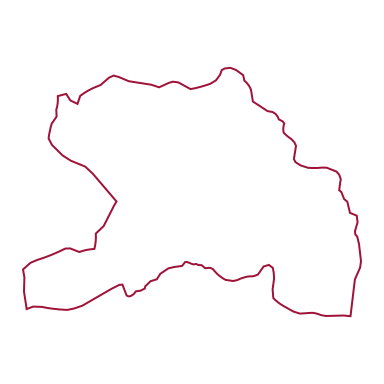 outline of Ocna De Fier, Caras-Severin, Romania
{"feature_id": "2599482B48244841189290", "entity_name": "Ocna De Fier", "entity_type": "district", "adm_level": 2, "iso_a3": "ROU", "parent_name": "Romania", "parent_adm1": "Caras-Severin", "projection": "natural_earth1", "projection_center": [21.767, 45.343], "detail": "fine", "context": "isolated", "style": "outline", "palette": "rose", "viewbox_px": 384, "rotation_deg": 0, "n_neighbors": 0, "source": "geoboundaries", "source_scale": "gbopen_adm2", "svg_char_len": 2491}
<svg xmlns="http://www.w3.org/2000/svg" viewBox="0 0 384 384"><path d="M350.5,316.2L354.9,279.4L360.1,267.6L361.0,261.2L359.0,243.9L357.2,236.6L355.3,234.4L355.0,231.1L357.6,222.2L356.7,215.6L350.0,212.9L347.3,201.7L344.1,199.0L341.4,192.1L339.2,190.2L340.2,182.5L340.8,179.3L339.3,174.9L336.5,171.6L326.7,167.7L322.2,167.6L316.9,168.0L312.4,168.0L308.0,167.8L300.6,165.4L295.5,162.2L293.9,159.0L296.0,145.9L294.3,142.2L291.1,138.9L289.1,137.5L287.2,136.0L285.4,134.4L283.7,132.7L283.3,130.4L283.3,128.1L283.6,125.7L284.3,123.5L282.7,121.4L278.7,119.3L278.2,117.7L277.4,116.3L276.4,114.9L275.3,113.7L272.5,112.0L267.5,111.1L252.9,101.5L251.0,89.9L250.4,88.4L249.7,87.0L248.6,85.2L247.3,83.6L245.9,82.0L244.3,80.6L243.2,75.2L235.9,69.9L230.2,67.8L224.7,68.5L221.7,70.1L220.1,74.8L215.9,80.4L210.3,83.8L205.5,85.4L200.6,86.8L195.6,88.1L190.6,89.1L178.3,82.4L172.8,81.7L168.8,82.9L159.1,87.3L151.2,84.7L128.7,81.2L118.8,77.0L113.6,75.6L109.1,77.6L100.6,85.0L97.9,86.1L95.2,87.2L92.5,88.4L89.9,89.7L87.4,91.1L84.9,92.6L82.5,94.2L80.2,95.9L77.5,103.9L70.3,100.4L66.2,93.9L57.8,96.1L57.9,99.5L57.7,102.9L57.2,106.4L56.3,109.7L56.6,116.6L51.8,123.5L50.7,127.2L49.9,130.9L49.1,134.6L48.6,138.4L52.0,145.0L62.5,155.4L70.8,160.7L85.2,166.6L92.8,173.7L116.5,201.5L114.1,205.5L103.7,226.0L95.8,233.6L95.9,237.5L95.7,241.3L95.2,245.1L94.4,248.9L90.5,249.3L86.7,249.9L83.0,250.8L79.3,252.0L70.1,248.4L65.2,248.6L58.4,251.9L51.4,254.9L44.3,257.6L37.1,260.0L30.5,262.8L23.0,269.5L24.4,277.3L24.0,291.7L26.7,309.1L33.0,306.6L41.8,306.9L47.6,308.0L53.4,308.8L59.2,309.4L65.1,309.8L67.5,309.9L74.1,308.5L82.3,305.7L111.7,288.7L119.3,284.9L122.4,284.6L126.6,295.4L127.6,296.0L128.6,296.3L129.7,296.3L130.8,296.0L133.7,294.1L135.8,291.4L139.8,290.8L140.8,290.6L144.8,288.5L145.3,286.2L147.5,284.2L150.5,281.2L156.8,279.3L160.3,273.8L168.3,268.4L173.6,267.1L182.1,265.9L185.1,262.1L187.0,262.0L193.2,264.4L196.3,264.0L198.3,265.0L201.7,265.2L204.4,267.6L205.1,268.2L208.4,267.9L210.5,267.9L213.0,269.2L214.3,270.8L215.7,272.3L217.1,273.8L218.7,275.2L220.3,276.5L222.0,277.7L223.8,278.9L225.7,279.9L233.1,281.0L237.3,280.1L239.4,279.1L241.4,278.3L243.6,277.6L245.8,277.0L248.0,276.5L253.7,276.2L258.0,274.5L263.6,266.5L268.9,264.9L272.8,267.9L273.7,272.6L274.1,278.5L272.6,289.3L273.3,298.0L275.5,300.2L278.0,302.3L280.6,304.2L283.3,305.9L293.3,311.5L299.9,313.6L312.1,312.8L314.4,313.1L316.7,313.6L318.9,314.3L321.0,315.1L326.0,316.0L343.5,315.5L350.5,316.2Z" fill="none" stroke="#9f1239" stroke-width="2"/></svg>